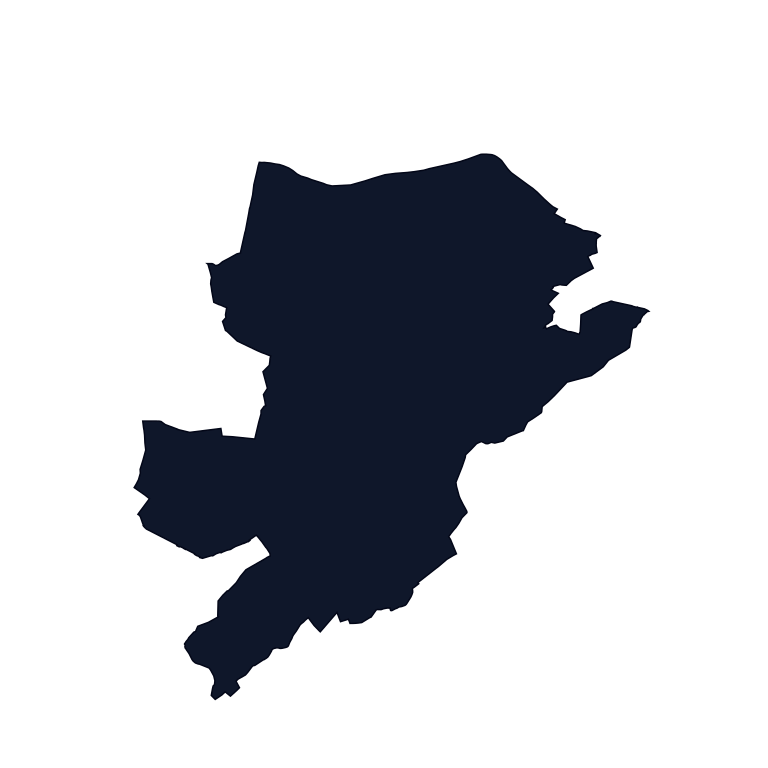 Kūku pag., Krustpils, Latvia, rotated 162°
{"feature_id": "27541924B42844241256431", "entity_name": "Kūku pag.", "entity_type": "district", "adm_level": 2, "iso_a3": "LVA", "parent_name": "Latvia", "parent_adm1": "Krustpils", "projection": "orthographic", "projection_center": [26.01, 56.519], "detail": "fine", "context": "isolated", "style": "filled", "palette": "ink", "viewbox_px": 768, "rotation_deg": 162, "n_neighbors": 0, "source": "geoboundaries", "source_scale": "gbopen_adm2", "svg_char_len": 6135}
<svg xmlns="http://www.w3.org/2000/svg" viewBox="0 0 768 768"><g transform="rotate(162 384 384)"><path d="M139.1,343.3L131.2,359.1L130.7,359.7L130.1,360.2L129.3,360.4L128.1,360.2L126.6,360.5L125.0,362.0L123.1,363.3L122.0,363.5L121.4,364.1L121.0,364.0L119.7,366.5L116.2,369.5L115.6,369.4L114.9,369.9L111.7,371.3L111.6,371.5L110.9,371.7L110.5,371.4L109.7,371.3L110.4,372.4L113.1,375.0L117.9,377.8L118.0,377.7L119.4,379.0L119.8,378.7L124.2,381.6L124.1,381.8L140.7,391.5L141.5,392.2L141.9,392.3L142.4,392.7L146.5,392.4L151.8,392.7L160.9,391.2L162.0,391.3L162.0,390.9L169.0,390.0L174.2,389.1L175.3,388.8L178.5,380.1L180.9,374.1L181.0,373.6L181.5,372.9L183.1,371.0L186.6,373.7L190.1,375.9L193.5,377.4L193.9,378.1L195.1,379.1L199.9,382.6L202.0,386.6L204.2,386.8L207.6,386.8L210.9,386.5L212.4,386.2L212.8,387.9L212.7,388.3L214.3,388.1L212.1,390.0L209.6,390.9L209.5,390.7L204.5,392.5L202.9,395.9L202.3,397.8L201.9,398.5L199.5,400.1L199.5,400.5L200.7,403.2L202.8,408.0L203.1,408.4L203.1,409.4L196.2,413.5L190.2,416.4L195.6,421.3L196.0,422.0L194.1,422.9L193.1,423.7L193.2,424.1L193.3,424.3L192.1,424.5L186.4,424.2L185.5,424.0L184.2,423.2L180.1,421.5L174.2,424.4L170.3,425.7L149.2,429.5L150.8,442.3L150.2,442.5L147.6,442.7L146.6,443.2L142.8,443.0L140.7,443.2L139.6,449.4L139.2,450.9L138.6,452.3L138.3,453.4L137.1,456.1L136.6,456.7L135.9,456.8L135.5,457.2L135.4,457.0L135.0,457.1L134.3,457.7L133.2,457.6L132.3,458.3L135.0,461.3L136.0,461.9L136.2,461.5L136.7,461.7L136.0,462.5L143.1,466.6L147.3,468.5L149.2,470.8L153.5,474.8L162.8,481.2L162.5,482.0L160.9,484.3L164.1,487.5L169.5,493.4L165.1,496.8L168.7,500.5L171.0,504.2L174.7,510.7L178.7,518.5L181.9,523.8L186.1,529.5L197.6,545.5L198.8,547.9L200.0,550.7L201.3,554.6L202.3,557.6L203.1,560.1L204.4,562.3L206.3,564.9L208.2,567.0L210.3,568.6L211.5,569.2L215.6,570.9L220.7,572.5L234.3,572.0L242.6,572.0L249.2,572.4L274.4,574.8L280.0,575.0L289.7,576.6L296.6,578.0L308.1,580.8L318.4,582.7L331.0,583.0L339.3,583.0L354.3,583.6L372.2,588.4L377.0,591.2L379.8,593.6L389.9,600.8L392.9,603.4L398.9,607.5L401.9,610.7L404.8,615.2L407.8,618.8L412.0,622.4L415.6,625.0L419.7,627.0L423.6,629.2L429.3,631.7L432.0,632.5L434.1,633.4L436.2,630.4L439.4,624.9L446.1,613.9L450.5,604.4L454.7,597.2L456.4,594.2L457.7,592.4L459.8,588.3L468.1,573.1L469.4,570.9L469.5,571.0L479.6,553.9L480.0,552.9L483.5,553.2L484.2,553.1L492.8,551.4L498.6,550.4L499.8,550.2L503.8,548.6L505.9,548.4L507.4,548.7L507.9,549.0L508.3,549.5L509.1,550.6L510.3,551.6L514.9,553.1L514.4,552.3L514.7,543.5L515.1,538.4L516.4,536.4L517.9,532.8L518.3,529.7L519.1,525.3L519.8,520.3L520.6,514.3L516.4,510.5L514.8,509.4L512.1,506.9L510.0,505.3L513.4,498.7L513.8,496.0L518.2,493.4L518.2,483.9L517.1,482.7L510.3,470.2L494.2,454.9L490.8,451.9L483.1,445.7L484.5,443.4L485.5,441.0L487.3,437.2L495.3,433.1L496.2,415.9L501.9,411.2L502.6,404.4L503.2,400.8L503.1,399.9L504.9,399.8L509.1,396.8L510.2,393.5L514.9,386.4L523.9,371.6L544.5,380.7L554.1,384.4L552.9,392.1L583.6,398.0L584.7,398.6L594.6,404.7L594.4,404.9L604.6,413.0L607.6,417.2L609.4,418.2L624.9,423.3L626.2,416.6L626.5,414.3L627.5,409.4L629.6,401.7L631.0,394.8L637.0,385.7L642.3,378.2L643.3,374.4L647.1,368.8L650.2,365.7L653.6,362.7L645.7,352.3L642.5,347.4L657.4,336.8L657.3,336.7L658.3,336.0L657.5,335.1L657.0,334.0L656.7,332.9L656.6,326.8L656.5,324.6L656.0,323.4L656.4,323.2L657.0,324.4L656.5,322.8L656.1,321.9L655.6,320.9L654.6,319.5L654.7,319.4L653.5,318.2L630.3,294.9L631.0,294.3L629.1,292.4L628.8,292.6L628.3,292.5L625.2,289.8L625.4,289.6L624.1,288.2L623.9,288.5L616.4,281.0L616.8,280.6L615.3,278.8L612.6,276.7L613.0,276.0L610.5,274.3L601.4,274.1L599.9,273.5L596.3,274.4L594.3,274.5L591.2,274.5L591.1,273.8L589.4,274.1L584.7,274.4L581.0,274.1L578.8,274.7L575.3,275.4L568.7,275.7L566.8,276.1L566.7,275.7L561.8,276.2L561.7,276.0L559.8,276.7L560.1,277.3L552.2,279.7L551.1,277.4L549.4,272.9L549.0,272.0L546.8,264.9L546.4,264.3L544.8,258.1L545.3,255.7L548.8,255.2L550.4,254.7L572.7,250.0L580.0,245.4L585.6,240.9L586.4,240.4L596.2,235.3L597.0,235.7L602.4,233.0L608.8,228.9L613.8,214.7L613.3,213.8L624.6,211.6L636.0,211.1L639.0,207.7L639.4,207.1L639.8,206.8L641.5,206.8L648.0,203.1L649.6,201.6L651.8,200.3L652.5,199.6L653.9,198.6L654.1,198.3L653.7,197.1L654.4,196.1L654.7,194.4L654.3,193.8L654.2,192.9L652.7,187.8L651.7,181.2L651.1,179.4L649.6,177.0L647.2,175.1L646.1,174.6L638.3,168.1L638.0,167.6L637.3,165.5L636.1,159.0L636.5,154.1L638.1,150.5L639.8,149.6L641.2,147.3L644.5,141.2L642.0,136.2L634.2,138.4L630.2,140.3L626.5,134.6L618.9,138.0L615.3,139.8L616.6,147.1L614.0,148.4L605.7,150.1L602.8,151.8L597.2,155.7L596.0,156.5L593.8,156.3L583.6,159.1L583.4,158.9L580.9,159.5L578.9,160.2L576.8,161.8L573.7,164.6L572.6,165.9L572.2,166.2L570.5,166.5L567.9,166.3L566.3,165.8L564.6,164.7L563.8,164.4L562.0,164.1L558.8,163.8L557.0,163.9L556.4,164.2L555.9,164.5L553.5,167.4L550.3,170.4L548.8,172.3L547.7,173.3L543.7,176.2L538.3,180.8L536.7,181.6L534.2,182.5L531.7,183.8L528.2,185.2L527.2,182.0L525.1,175.9L521.9,169.3L521.2,168.0L499.3,181.3L498.8,171.4L490.6,171.3L490.4,169.6L490.3,166.8L485.7,165.4L482.2,164.6L478.9,164.0L469.8,166.2L468.3,166.3L461.3,171.5L460.1,171.6L456.5,170.3L453.9,170.4L450.0,169.9L447.5,169.0L447.7,166.9L447.6,166.5L447.1,166.2L446.2,166.1L443.0,166.7L440.6,166.8L438.8,167.3L435.9,166.9L432.4,167.0L431.1,167.5L430.0,168.3L424.3,173.1L422.5,175.1L421.1,177.0L420.6,178.6L420.5,179.5L420.1,180.8L417.4,181.6L412.7,183.3L413.4,184.6L391.5,192.6L390.6,193.0L390.2,193.0L387.9,193.9L378.5,197.8L371.2,199.5L367.6,200.1L368.8,215.7L369.7,218.8L366.2,221.4L361.9,224.2L360.1,225.2L355.9,228.4L351.2,232.7L344.9,236.0L344.6,237.3L345.3,241.4L346.0,244.9L347.0,251.4L347.2,254.2L346.7,264.2L346.0,268.3L335.3,281.2L329.6,288.8L328.2,291.5L321.3,294.9L314.7,298.5L313.4,298.8L309.4,299.2L309.1,299.1L307.7,297.9L305.7,295.9L304.3,295.3L303.3,295.1L300.0,295.4L296.9,293.6L288.1,292.9L283.2,295.6L268.8,296.6L267.0,296.7L265.9,296.6L261.7,301.2L259.1,303.6L251.2,305.7L243.3,308.1L242.6,308.9L240.7,313.3L240.3,313.7L233.3,316.5L225.3,320.4L210.4,328.6L209.6,329.2L184.3,327.9L170.2,332.6L163.2,337.2L143.5,341.5L139.3,343.1L139.1,343.3Z" fill="#0f172a" stroke="#020617" stroke-width="1.5"/></g></svg>